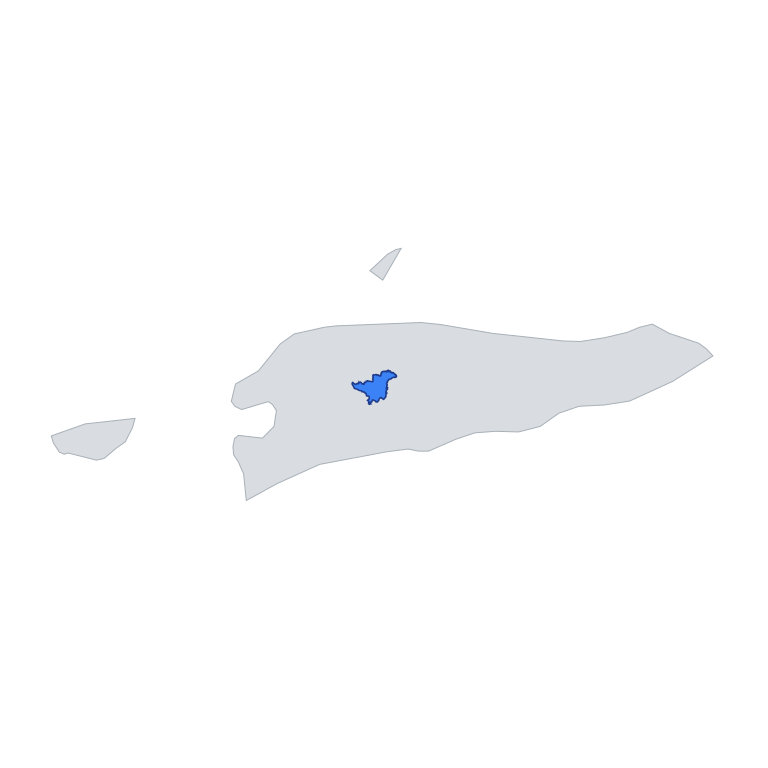 location of Maubisse, Ainaro, East Timor, rotated 9°
{"feature_id": "22284137B40449592168850", "entity_name": "Maubisse", "entity_type": "district", "adm_level": 2, "iso_a3": "TLS", "parent_name": "East Timor", "parent_adm1": "Ainaro", "projection": "albers", "projection_center": [125.632, -8.847], "detail": "fine", "context": "in_parent", "style": "filled", "palette": "blue", "viewbox_px": 768, "rotation_deg": 9, "n_neighbors": 0, "source": "geoboundaries", "source_scale": "gbopen_adm2", "svg_char_len": 6202}
<svg xmlns="http://www.w3.org/2000/svg" viewBox="0 0 768 768"><g transform="rotate(9 384 384)"><path d="M266.2,520.6L259.4,494.7L252.2,483.6L246.5,477.3L244.6,469.4L244.9,461.3L248.3,457.5L272.4,456.5L282.0,443.1L281.9,427.1L277.1,421.7L272.4,419.5L247.4,431.5L240.2,429.4L235.9,425.0L237.3,407.3L257.9,390.7L275.3,360.6L287.5,348.6L316.1,337.3L327.6,334.1L410.8,317.5L430.6,316.4L483.3,317.0L553.9,313.5L571.3,311.3L594.0,304.0L615.9,295.1L627.5,288.0L639.7,282.9L657.8,289.4L688.5,294.5L696.8,298.8L704.5,304.8L668.6,336.3L629.3,362.4L605.1,370.2L580.1,375.5L561.1,385.6L545.0,401.4L524.4,410.3L501.3,413.3L481.5,418.0L463.6,427.3L438.6,443.3L428.5,444.9L417.8,444.5L397.1,450.6L332.9,473.5L294.1,499.0L266.2,520.6ZM63.5,487.3L95.2,470.1L143.5,456.9L142.4,466.5L137.5,481.6L130.1,488.7L119.1,501.4L111.9,504.2L82.8,501.6L79.1,503.4L74.1,502.1L66.7,494.0L63.5,487.3ZM379.7,247.4L366.5,281.6L352.3,274.3L367.4,255.1L374.7,249.4L379.7,247.4Z" fill="#d9dde1" stroke="#a8b0b8" stroke-width="1"/><path d="M352.5,388.4L352.5,388.6L352.4,388.8L352.5,389.0L352.8,389.6L353.4,390.0L353.6,390.2L353.7,390.4L354.0,390.7L354.0,391.2L354.1,391.3L354.5,391.6L355.0,391.9L355.1,392.2L355.2,392.6L355.3,392.9L355.4,393.0L355.7,393.1L357.4,393.2L358.4,393.4L359.2,393.8L361.0,394.3L361.8,394.2L362.2,394.2L362.6,394.4L363.2,394.8L363.4,395.1L363.6,395.0L363.8,394.7L364.0,394.6L364.4,395.0L364.5,395.1L365.0,395.2L365.9,395.0L366.0,395.1L366.2,395.4L366.4,395.5L366.5,395.7L367.0,395.9L367.0,396.1L367.5,396.1L367.5,396.4L367.6,396.5L367.8,396.7L368.0,396.8L368.2,397.5L368.5,397.7L368.6,397.9L368.6,398.2L368.8,398.5L369.9,398.5L370.0,398.4L370.3,398.4L370.7,398.4L370.9,398.6L371.1,398.8L371.3,398.8L371.6,399.6L371.5,400.0L371.6,400.4L371.7,400.5L371.7,400.9L371.6,401.0L371.5,401.4L371.2,401.5L370.8,401.9L370.6,402.4L370.2,402.8L370.4,403.0L370.6,403.1L370.9,403.0L371.2,403.1L371.4,403.3L371.8,404.0L371.8,404.6L371.7,405.2L371.7,405.4L371.7,405.6L371.9,405.9L372.2,406.1L372.9,406.4L373.1,406.3L373.4,406.1L373.6,405.7L374.0,405.6L373.6,405.3L373.5,404.8L373.1,404.3L373.4,404.1L373.6,404.2L374.3,403.9L374.7,403.6L374.9,403.4L374.8,402.3L375.0,401.6L375.5,401.5L375.8,401.5L376.0,401.6L377.0,401.7L377.4,401.8L377.7,402.1L378.2,402.1L378.6,402.3L378.7,402.6L378.8,402.9L379.9,402.9L380.3,402.8L380.6,402.5L380.8,402.2L380.7,401.9L381.1,401.3L381.3,401.2L381.2,401.0L381.5,400.2L381.5,399.7L381.9,399.1L381.9,398.9L382.2,398.7L382.3,398.3L382.5,398.1L382.9,398.1L383.1,397.9L383.2,398.0L383.5,397.9L384.1,398.2L384.2,398.5L384.5,398.5L384.8,398.5L385.1,398.7L385.2,399.0L385.5,399.0L386.0,399.2L386.1,398.9L386.4,398.8L386.7,398.5L386.7,398.1L386.8,397.9L387.1,397.7L387.3,397.0L387.8,396.5L387.6,395.9L387.8,395.7L387.8,395.3L387.6,395.2L387.4,394.6L387.5,394.4L387.6,394.0L387.6,393.9L387.6,393.7L388.2,393.0L388.3,392.5L388.1,392.4L387.7,392.4L387.2,392.5L387.1,392.1L387.4,391.5L387.4,391.4L387.2,391.3L387.1,391.1L387.3,390.7L387.2,390.6L387.2,390.4L387.5,390.2L387.3,390.0L387.3,389.9L387.4,389.7L387.4,389.1L387.7,388.9L388.0,388.8L388.3,388.6L388.2,388.2L387.8,388.3L386.8,388.0L386.8,387.9L386.9,387.7L387.4,387.4L387.5,387.2L388.0,387.1L388.1,386.9L387.9,386.8L387.6,386.7L387.4,386.6L387.4,386.4L387.0,386.3L387.1,385.9L387.0,385.3L387.0,384.8L387.1,384.7L387.4,384.6L387.4,384.4L387.2,383.9L386.8,383.5L386.6,383.4L386.4,382.7L386.9,382.2L387.3,381.5L387.2,381.2L386.9,381.0L386.8,380.8L387.1,380.3L387.3,380.2L388.0,379.4L388.1,378.7L388.4,378.4L389.0,378.3L389.3,378.1L389.8,378.1L390.2,377.7L390.5,377.6L390.7,377.2L391.0,376.7L391.8,376.3L391.9,376.1L392.0,376.1L392.3,375.9L392.8,375.8L393.0,375.9L393.8,375.9L393.9,375.7L394.1,375.6L394.1,375.4L394.2,375.5L394.6,375.3L394.8,375.3L394.8,375.1L395.1,374.7L395.2,374.4L395.2,374.2L394.9,373.9L394.8,373.7L394.6,373.5L394.6,373.4L394.4,373.4L394.1,373.4L393.9,373.3L393.8,373.1L393.8,372.9L393.2,372.8L393.1,372.7L393.0,372.3L392.6,372.3L392.3,372.1L392.1,372.0L391.7,371.4L391.2,371.3L390.9,371.2L390.5,371.5L390.4,371.8L389.9,371.6L389.5,371.7L389.4,371.4L389.1,371.4L389.0,371.0L388.8,371.0L388.7,371.2L388.4,371.0L388.1,370.7L387.8,370.6L387.4,371.0L387.2,371.0L387.2,370.8L387.6,370.4L387.7,370.2L387.2,370.2L386.8,370.2L386.6,370.0L386.0,370.4L385.8,370.2L385.5,370.6L385.4,370.5L385.2,370.5L385.2,370.8L385.1,371.2L384.8,371.3L384.9,371.5L384.7,371.6L384.5,371.2L384.7,370.7L384.3,371.0L383.6,371.1L383.2,371.2L383.3,371.4L382.6,371.7L382.4,371.5L382.2,371.4L381.8,371.5L381.5,371.7L380.9,371.8L380.8,372.1L380.6,372.0L380.4,372.1L379.7,372.9L379.7,373.0L379.9,373.3L379.8,373.5L379.6,373.5L379.4,373.7L379.5,373.9L379.8,374.3L379.6,374.9L379.7,375.2L379.6,375.5L379.3,375.6L379.3,376.1L379.4,376.4L379.4,376.5L379.2,376.6L379.1,376.3L378.9,376.8L378.1,376.4L377.7,376.5L377.4,376.3L377.5,376.2L377.3,376.0L377.1,376.1L377.2,376.3L376.7,376.4L376.6,376.0L376.3,376.0L376.2,376.4L376.1,376.6L375.9,376.6L375.3,376.0L375.1,375.9L374.6,375.8L374.2,376.0L373.2,376.7L372.3,376.4L372.0,376.6L371.7,377.3L371.6,377.9L372.2,378.6L372.4,379.4L372.1,379.5L372.1,379.9L372.1,380.1L372.1,380.3L372.0,380.5L372.1,380.8L372.1,381.1L372.4,381.4L372.6,381.6L372.7,382.5L372.6,383.0L372.5,383.3L372.4,383.2L372.2,383.2L372.0,383.3L371.7,383.5L371.4,383.6L371.2,383.5L370.5,383.6L370.1,383.5L369.2,383.5L368.4,383.7L368.1,383.6L367.8,383.5L367.7,383.4L367.4,383.4L367.2,383.4L367.1,383.6L367.0,383.8L366.9,383.9L366.7,383.7L366.5,383.9L366.5,384.2L366.4,384.2L366.2,384.5L366.0,384.4L366.0,384.8L365.8,385.0L365.4,385.2L365.0,385.3L364.6,385.3L364.4,385.4L364.3,385.5L364.6,386.0L364.7,386.6L364.6,386.8L364.4,386.6L364.1,386.8L364.0,387.2L364.0,387.4L363.8,387.5L363.3,387.4L363.0,387.1L362.3,387.3L362.2,387.1L361.8,386.9L361.6,386.5L361.4,386.3L361.2,386.1L360.8,386.2L360.4,385.8L360.2,385.9L360.0,386.0L359.8,386.1L359.5,386.2L359.3,386.1L359.4,386.3L359.5,386.6L359.4,386.8L359.0,386.8L358.5,386.9L358.3,387.2L358.4,387.6L358.3,387.9L358.2,387.8L358.1,387.7L357.7,387.6L357.3,387.7L357.0,388.0L356.9,388.1L356.6,388.3L356.5,388.5L356.2,388.7L355.7,388.8L355.2,388.5L354.8,388.5L354.6,388.4L353.9,388.1L353.4,387.6L353.2,387.4L352.9,387.3L352.6,387.7L352.5,387.8L352.6,388.1L352.5,388.4Z" fill="#3b82f6" stroke="#1e3a8a" stroke-width="1.5"/></g></svg>